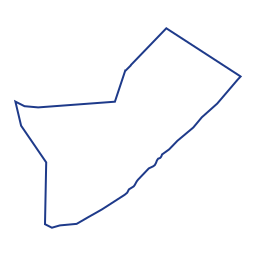 the border of Shabeellaha Dhexe
{"feature_id": "SOM-2410", "entity_name": "Shabeellaha Dhexe", "entity_type": "Region", "adm_level": 1, "iso_a3": "SOM", "parent_name": "Somalia", "parent_adm1": "", "projection": "albers", "projection_center": [46.104, 3.02], "detail": "fine", "context": "isolated", "style": "outline", "palette": "blue", "viewbox_px": 256, "rotation_deg": 0, "n_neighbors": 0, "source": "natural_earth", "source_scale": "10m", "svg_char_len": 647}
<svg xmlns="http://www.w3.org/2000/svg" viewBox="0 0 256 256"><path d="M240.6,76.5L237.6,79.7L217.2,103.6L201.8,117.3L193.3,127.5L177.5,140.7L169.1,149.4L162.0,154.5L161.7,155.5L161.2,156.6L160.5,157.6L160.0,158.0L158.1,158.7L156.9,160.5L156.0,162.9L154.8,165.1L153.2,166.3L148.8,168.4L138.0,179.7L136.7,181.4L134.8,184.9L133.7,186.4L128.9,189.4L127.2,192.7L124.8,194.7L101.8,209.5L88.7,216.9L76.6,223.9L76.3,223.9L59.9,225.4L51.9,227.7L45.0,224.2L46.2,162.4L21.1,125.7L15.4,101.6L24.5,106.2L38.2,107.4L114.9,101.7L125.2,70.7L125.4,70.8L130.8,65.4L130.9,65.0L166.3,28.3L240.2,76.2L240.6,76.5Z" fill="none" stroke="#1e3a8a" stroke-width="2"/></svg>